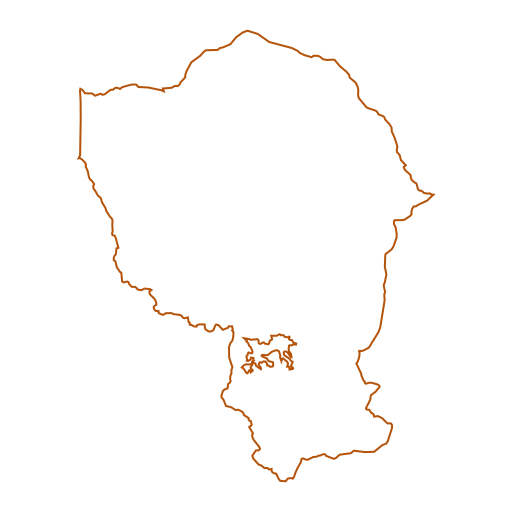 outline of Kyerwa, Kagera, United Republic of Tanzania
{"feature_id": "72390352B12398012816015", "entity_name": "Kyerwa", "entity_type": "district", "adm_level": 2, "iso_a3": "TZA", "parent_name": "United Republic of Tanzania", "parent_adm1": "Kagera", "projection": "robinson", "projection_center": [30.816, -1.299], "detail": "fine", "context": "isolated", "style": "outline", "palette": "amber", "viewbox_px": 512, "rotation_deg": 0, "n_neighbors": 0, "source": "geoboundaries", "source_scale": "gbopen_adm2", "svg_char_len": 6038}
<svg xmlns="http://www.w3.org/2000/svg" viewBox="0 0 512 512"><path d="M433.4,194.7L431.1,194.4L430.0,193.4L427.8,193.6L424.1,193.0L421.6,190.8L419.5,190.6L417.9,189.1L416.7,184.2L416.1,183.2L414.7,182.6L411.8,180.0L410.9,177.8L410.6,175.1L404.7,169.6L403.7,167.0L405.8,165.3L401.0,160.2L399.6,155.0L397.0,152.1L396.8,149.9L397.4,146.4L394.7,138.0L391.8,131.5L391.5,127.3L389.2,123.9L385.3,119.7L384.2,117.1L382.6,115.9L378.4,114.4L377.6,112.4L375.7,110.7L368.3,108.2L366.6,107.4L364.9,105.4L358.8,98.1L358.1,95.5L358.3,89.7L357.5,86.3L355.3,82.2L350.4,78.3L349.7,77.5L349.1,74.9L346.6,71.9L339.9,66.2L334.7,60.0L332.9,59.6L327.0,60.0L322.9,59.2L320.4,57.0L318.1,55.9L313.7,55.7L311.6,57.2L304.6,55.2L299.4,52.7L298.1,51.1L291.8,48.0L269.2,42.0L257.7,33.9L247.4,30.7L242.7,32.5L236.2,37.2L230.3,44.3L223.2,47.3L219.6,48.2L217.7,49.9L205.9,50.3L204.1,51.5L200.1,55.9L191.3,62.3L186.3,71.7L185.4,74.6L185.1,77.5L180.6,82.3L179.5,84.6L177.6,86.0L174.5,86.0L172.0,87.7L162.8,88.5L163.8,91.3L161.1,90.2L148.3,87.5L138.4,87.0L136.1,84.5L131.9,84.5L125.0,86.3L122.0,87.3L120.0,89.0L117.9,87.9L115.2,87.9L112.8,89.8L110.6,89.8L104.6,94.3L102.4,94.8L100.7,93.7L95.0,95.7L92.2,93.5L85.0,93.3L82.4,89.9L80.4,88.8L80.0,90.5L80.6,101.3L80.7,120.1L80.1,155.3L78.6,158.3L79.8,158.1L82.1,159.5L85.3,162.9L85.9,164.4L85.7,166.7L87.7,171.0L88.9,176.8L89.9,179.3L91.7,180.6L94.1,184.0L93.2,186.3L93.6,188.7L95.1,190.6L97.8,195.4L100.8,198.1L102.0,202.3L105.4,207.9L106.3,210.9L109.9,216.6L111.8,218.6L112.5,220.2L112.3,225.6L112.7,231.6L112.0,233.2L112.6,235.2L114.6,235.6L115.9,238.4L118.4,247.8L116.5,248.3L115.8,254.3L114.3,256.2L113.7,257.9L113.8,260.2L115.4,261.3L116.9,267.5L120.0,271.9L121.3,272.7L122.1,281.4L123.5,282.4L127.4,281.5L128.6,282.4L129.3,284.3L131.8,286.8L135.3,287.0L136.9,288.3L137.5,289.5L141.4,290.2L144.2,288.7L146.0,288.7L150.2,289.2L151.4,290.0L149.5,291.3L149.4,292.9L150.4,294.9L154.0,298.3L155.4,300.3L156.3,303.0L156.4,304.7L154.2,306.1L153.6,307.5L154.3,309.4L155.7,310.9L158.5,311.0L158.7,313.1L161.4,314.3L163.0,314.9L165.9,313.2L171.6,313.1L173.4,314.1L179.7,314.9L181.3,315.5L182.8,317.6L184.3,318.3L187.9,317.4L188.6,322.1L189.7,322.6L189.8,324.8L191.4,324.8L192.9,325.9L195.3,326.7L196.6,326.5L197.0,325.2L199.3,324.4L204.6,324.4L204.8,326.9L205.4,329.3L208.4,331.3L210.5,331.6L213.3,330.3L215.4,325.3L216.2,324.5L218.7,325.3L222.7,329.8L227.9,327.8L228.7,326.3L232.1,326.3L232.8,329.7L232.1,330.4L233.5,332.2L233.2,337.2L232.3,340.7L230.3,343.3L229.0,347.2L229.2,357.6L232.4,367.2L231.4,370.1L231.4,373.6L230.4,375.8L230.1,378.7L230.6,381.1L229.8,382.7L228.2,384.0L227.5,388.4L224.5,389.5L222.9,391.0L221.5,395.5L221.6,397.5L223.6,399.9L226.0,406.0L231.1,407.2L235.7,410.1L238.3,409.7L241.2,411.2L243.0,412.4L244.1,415.2L248.7,418.1L248.6,419.7L249.5,420.8L250.9,421.2L251.7,425.1L249.2,427.0L253.0,433.4L252.1,434.5L252.3,436.6L253.6,439.8L259.1,446.7L260.0,448.7L258.9,450.3L256.0,450.4L252.3,455.7L253.3,458.6L258.6,464.5L261.5,465.6L264.4,468.1L267.5,468.0L269.1,469.5L271.6,469.0L271.5,470.6L272.4,472.3L275.0,473.6L276.1,473.6L278.5,478.6L280.2,480.8L285.6,481.3L288.1,478.4L292.2,478.1L292.8,478.6L294.0,476.9L295.5,472.5L297.6,467.9L301.0,461.9L301.5,458.9L303.0,458.4L305.9,459.6L307.6,459.8L313.3,457.0L316.7,456.7L318.6,455.6L320.1,455.6L322.4,454.5L324.6,454.1L325.4,454.4L326.0,455.8L333.7,458.8L335.5,458.3L339.7,454.7L350.9,453.2L353.9,450.7L365.0,452.1L374.1,451.8L382.5,445.0L386.2,443.6L387.8,441.2L391.9,428.4L392.1,425.1L391.2,423.7L390.5,423.3L387.9,423.5L386.8,422.8L382.2,418.2L377.9,416.1L374.1,416.6L373.5,414.2L371.1,412.7L369.3,409.8L366.7,409.5L366.1,409.0L366.1,407.9L370.2,399.8L370.9,395.2L375.5,391.8L379.6,386.8L379.4,385.8L377.7,384.5L371.5,382.7L368.5,382.8L366.2,383.7L365.2,383.4L364.7,381.7L363.6,380.6L361.4,375.7L361.3,373.9L356.4,363.5L357.8,361.4L359.2,357.2L359.6,353.2L359.0,351.2L359.3,350.8L361.7,351.0L363.5,350.5L368.9,347.6L378.4,332.2L380.2,327.5L384.6,300.5L384.3,294.3L385.1,292.0L383.8,285.9L384.0,284.2L384.9,282.0L386.4,274.4L384.8,266.7L385.3,255.0L385.6,254.0L391.6,249.4L393.4,246.6L396.5,237.9L396.7,233.9L395.5,227.0L394.0,224.2L393.9,221.6L394.6,220.2L402.2,220.1L404.4,219.7L410.0,216.1L411.6,214.1L411.3,212.2L412.3,208.5L413.8,206.4L415.9,206.4L417.8,205.0L427.1,200.6L433.4,194.7ZM276.5,335.8L279.7,334.2L281.1,335.3L283.0,335.1L284.0,335.7L284.6,336.8L285.9,337.1L287.3,337.3L289.2,336.6L289.6,337.2L289.2,337.6L289.0,339.1L289.6,339.8L292.0,340.1L293.4,342.7L296.2,343.5L296.0,344.6L293.2,344.4L291.7,345.4L289.8,345.2L289.0,345.7L288.6,349.5L289.1,351.3L291.0,354.0L291.5,357.3L290.9,357.2L287.5,352.4L286.2,351.6L284.9,351.4L284.0,351.9L283.7,352.9L284.2,355.2L289.1,358.4L290.8,360.6L292.7,362.0L291.1,365.6L291.8,367.5L292.7,367.5L293.2,368.3L292.7,369.0L289.8,369.5L290.1,368.7L289.3,368.2L289.4,367.1L288.9,366.6L287.1,366.6L288.0,363.9L287.8,362.8L286.8,361.4L282.9,358.3L282.2,358.6L281.4,361.3L280.0,357.2L280.3,355.6L279.0,351.3L277.0,350.2L274.1,350.8L271.7,351.9L267.6,355.2L262.1,354.9L261.6,355.7L262.1,356.4L266.7,358.3L268.4,360.7L270.0,361.6L272.2,361.9L273.1,362.5L273.1,366.0L272.2,366.6L270.0,366.8L268.7,365.6L267.3,365.5L267.0,363.6L265.6,361.5L263.1,361.5L261.6,362.8L259.9,362.2L258.9,363.6L258.7,364.5L261.1,368.3L260.8,369.2L256.0,365.7L255.5,363.8L253.1,362.1L252.5,362.3L252.3,364.9L250.6,367.4L250.9,368.7L252.6,369.9L252.6,370.9L250.8,372.3L250.5,371.0L249.3,370.3L247.5,373.3L246.2,372.7L243.7,368.7L241.8,367.4L243.9,365.3L245.7,364.4L250.8,364.4L251.7,363.6L252.1,361.7L253.8,360.3L253.3,360.0L253.4,358.0L251.0,357.6L250.7,359.4L248.1,361.0L246.8,360.7L247.2,359.7L246.4,356.5L246.8,355.6L247.7,355.0L247.8,353.6L248.6,352.5L251.1,353.4L252.2,353.1L252.6,351.9L250.7,347.0L249.4,346.2L248.1,343.0L246.5,341.5L246.9,340.8L246.6,339.9L245.3,339.6L244.0,338.2L249.0,339.0L250.6,339.8L257.5,339.2L258.5,340.3L258.7,343.1L259.1,343.6L260.6,343.9L263.0,342.4L263.8,342.4L264.8,343.6L268.1,344.3L269.1,343.5L269.9,340.6L271.6,339.9L272.1,338.9L271.2,335.7L276.5,335.8Z" fill="none" stroke="#b45309" stroke-width="2"/></svg>